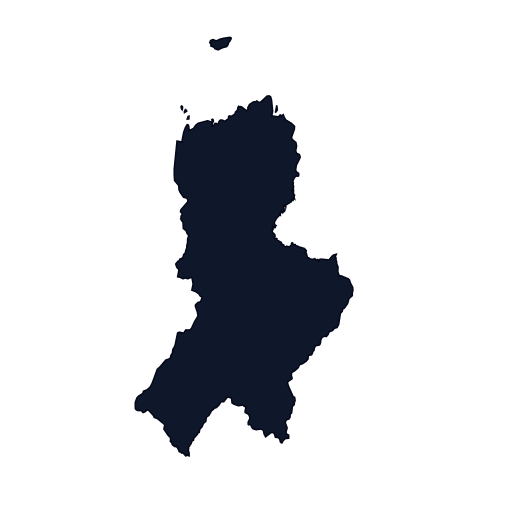 Mueang Phangnga, Phangnga, Thailand (Equal Earth projection), rotated 191°
{"feature_id": "78962969B58835722808395", "entity_name": "Mueang Phangnga", "entity_type": "district", "adm_level": 2, "iso_a3": "THA", "parent_name": "Thailand", "parent_adm1": "Phangnga", "projection": "equal_earth", "projection_center": [98.498, 8.471], "detail": "fine", "context": "isolated", "style": "filled", "palette": "ink", "viewbox_px": 512, "rotation_deg": 191, "n_neighbors": 0, "source": "geoboundaries", "source_scale": "gbopen_adm2", "svg_char_len": 6084}
<svg xmlns="http://www.w3.org/2000/svg" viewBox="0 0 512 512"><g transform="rotate(191 256 256)"><path d="M189.1,83.4L189.7,86.4L191.9,87.1L193.0,88.6L192.6,93.2L195.2,97.5L195.5,98.9L194.9,101.0L192.6,102.2L191.8,104.3L192.3,107.4L191.3,108.3L191.1,109.3L191.6,115.1L190.1,117.4L190.3,119.7L190.0,121.6L191.1,124.7L192.6,124.9L198.7,133.6L200.4,136.4L200.9,138.6L197.2,142.3L197.3,143.2L198.5,145.5L198.8,148.3L195.9,150.9L193.2,154.5L192.6,157.5L189.7,159.2L186.7,162.2L185.3,164.8L185.6,168.5L182.9,169.4L182.3,170.2L181.9,173.1L181.0,174.6L181.2,176.5L180.7,178.5L179.9,179.5L177.1,180.5L176.4,181.3L176.1,183.0L176.4,186.1L175.6,188.8L173.7,190.2L171.5,190.4L170.2,192.8L169.7,195.5L166.7,197.4L165.1,200.1L162.8,201.2L161.8,204.7L162.2,215.9L160.8,218.0L160.7,220.5L159.3,221.7L157.0,226.7L156.6,231.9L153.9,235.4L154.4,238.3L154.3,241.0L155.1,243.7L158.0,247.3L159.7,250.3L161.0,251.2L168.6,252.8L170.4,252.4L172.6,256.0L173.4,261.0L175.2,263.6L175.9,266.2L176.9,267.7L176.9,269.2L178.0,270.2L177.5,273.1L180.0,271.8L181.3,270.4L183.6,266.1L191.6,265.4L193.0,264.7L193.5,263.0L194.7,264.4L196.5,263.5L197.7,264.7L199.2,263.7L201.9,263.4L204.1,264.4L205.1,264.1L207.1,268.3L208.1,268.6L207.7,269.2L207.7,270.8L208.4,270.7L208.6,271.7L209.4,271.7L209.7,272.6L214.6,273.1L214.9,272.5L216.2,273.5L219.4,273.9L219.6,274.7L221.8,274.4L222.6,275.9L223.2,275.9L223.6,274.6L223.3,273.7L224.7,271.7L226.8,271.2L227.7,271.6L229.1,270.4L230.2,270.8L230.8,272.1L232.4,272.5L232.9,272.0L233.3,273.5L234.0,274.3L239.0,275.9L239.2,276.3L238.8,276.9L239.6,277.2L240.1,276.6L240.8,276.7L241.3,277.9L241.0,279.0L241.7,280.7L244.7,282.7L244.7,285.2L244.3,285.6L245.3,286.4L245.2,288.2L244.0,287.1L242.5,287.6L242.5,289.2L242.1,289.7L243.1,290.0L244.3,291.6L244.2,293.4L243.0,296.9L240.8,300.4L241.0,301.0L240.5,301.3L239.9,300.9L240.1,302.0L240.7,302.7L239.8,303.2L239.9,304.4L239.4,304.7L238.7,303.9L238.3,304.9L237.8,303.9L237.3,305.0L236.5,305.2L236.3,307.5L237.1,306.9L238.5,309.4L238.6,310.7L236.1,309.6L236.5,311.6L231.8,315.9L231.6,317.9L230.3,317.5L230.1,318.3L230.4,319.9L229.0,319.3L230.0,321.3L229.7,323.1L231.1,324.3L231.6,327.2L232.5,326.1L233.0,326.5L233.0,327.2L231.9,328.0L231.9,328.7L232.5,329.5L232.2,331.1L233.3,333.4L233.3,335.1L234.2,336.4L233.3,339.8L232.2,342.0L229.8,342.4L229.4,343.0L229.9,345.3L232.4,346.3L233.5,348.1L233.7,352.7L231.5,360.9L231.6,361.9L232.8,363.9L235.7,364.6L236.6,365.9L237.1,367.0L237.1,371.7L238.5,375.1L242.1,377.0L243.5,378.3L243.7,379.5L242.5,387.9L242.9,390.7L246.7,393.1L252.6,395.2L254.8,397.6L256.2,400.0L257.9,398.0L258.7,399.2L259.3,399.0L259.9,398.3L260.1,396.9L267.3,396.6L267.2,401.0L267.6,402.5L270.5,412.1L272.1,415.2L273.7,415.7L275.7,415.1L281.0,407.7L283.3,407.5L284.8,408.4L285.8,407.3L288.0,406.8L291.3,403.5L292.3,400.3L292.0,397.9L292.9,396.8L298.6,399.7L300.3,399.7L301.1,399.2L301.6,399.6L302.1,398.4L302.1,395.5L303.6,393.5L303.9,391.1L307.3,388.1L308.2,388.6L309.2,388.3L309.6,387.4L309.1,385.7L312.4,382.3L314.8,383.0L316.9,382.7L318.0,381.0L318.5,378.1L319.0,377.8L320.2,378.6L321.7,378.3L322.8,375.0L323.7,374.9L324.2,377.2L325.8,379.0L329.2,379.6L338.1,375.3L340.2,372.8L341.7,369.2L345.5,366.5L346.9,371.0L347.6,371.8L348.6,371.9L349.8,368.7L350.6,363.7L350.6,355.9L350.3,353.8L355.5,353.8L352.9,325.9L351.8,320.1L350.3,314.5L345.4,310.5L344.2,306.3L342.8,304.2L338.3,299.8L334.9,299.6L333.5,297.8L333.4,296.1L338.5,287.2L338.6,285.0L336.5,283.5L336.4,282.5L337.2,280.8L336.8,279.3L337.1,278.2L336.2,277.9L336.3,277.2L335.8,276.5L334.2,275.4L332.6,269.1L329.3,267.4L328.2,265.2L325.9,263.2L326.4,259.6L325.8,256.3L325.9,252.2L325.5,251.0L326.0,248.2L326.0,245.7L327.3,243.5L327.4,241.3L327.8,240.0L328.3,239.8L328.4,238.9L329.9,238.8L330.9,236.2L331.7,235.9L333.3,232.8L331.5,229.6L329.4,228.3L329.0,227.0L329.0,220.6L326.5,220.6L323.3,219.7L321.1,221.0L318.6,220.6L316.2,222.3L314.6,222.2L312.4,216.5L312.5,210.2L308.5,209.5L305.0,208.0L303.1,206.0L301.4,205.4L301.0,204.7L301.7,200.5L304.1,199.4L306.1,196.5L306.0,195.2L302.9,189.8L301.5,186.1L303.9,179.5L305.5,172.7L306.8,170.8L310.9,170.0L312.3,166.5L316.8,166.6L318.3,165.5L318.4,153.4L318.8,151.2L319.8,148.5L319.6,144.5L320.5,142.6L320.6,139.7L321.9,138.2L324.7,136.7L329.2,128.7L331.3,126.0L333.6,111.6L334.8,107.4L337.4,103.9L340.7,101.8L340.9,99.4L344.3,96.4L345.8,94.1L346.6,89.3L345.4,83.3L344.6,82.4L342.8,81.7L339.0,82.3L336.9,80.7L334.6,82.4L334.0,83.9L332.0,84.1L326.2,79.8L325.1,78.1L321.8,77.6L313.8,73.2L313.4,72.7L313.4,68.5L308.1,63.2L305.1,61.2L304.7,57.6L303.0,56.6L302.2,54.8L299.4,53.4L297.8,53.7L296.0,52.3L293.9,49.1L292.0,49.3L291.5,48.3L289.5,48.9L289.1,48.0L286.8,46.3L285.4,47.3L283.5,47.0L283.9,49.4L285.4,52.6L285.3,53.9L285.8,55.4L284.9,56.7L285.0,57.7L284.2,58.5L283.4,62.3L282.2,63.3L282.3,65.1L279.6,69.6L279.3,71.1L278.1,72.0L278.1,75.2L276.3,78.2L275.7,81.6L273.7,84.0L273.9,87.4L273.5,89.0L271.8,90.4L270.1,95.7L268.6,97.2L268.0,98.5L266.0,99.6L264.0,102.4L262.5,106.2L259.9,106.7L257.4,111.6L256.5,112.2L252.9,111.8L251.5,107.2L249.6,106.4L244.7,105.6L240.6,107.2L238.8,106.1L237.1,106.2L237.1,101.3L236.8,100.3L233.3,99.2L232.2,98.1L231.1,95.9L231.1,94.7L232.0,91.5L231.6,89.3L231.1,88.9L229.0,89.5L227.6,87.2L226.0,85.8L222.7,85.5L218.7,86.9L216.8,87.0L215.3,85.8L214.2,83.0L212.1,80.3L207.5,85.5L205.3,85.9L204.1,85.1L202.4,81.8L199.1,81.9L197.6,80.4L196.6,78.1L195.4,77.4L194.7,77.6L194.3,79.5L192.6,82.2L189.1,83.4ZM340.5,453.6L336.9,452.8L335.8,451.6L332.6,451.1L328.7,454.0L324.8,455.9L324.1,457.0L323.2,461.3L322.7,461.7L321.8,464.7L321.9,465.2L323.4,465.7L329.8,463.4L332.9,461.9L335.5,459.9L336.9,459.7L339.3,460.3L341.0,459.5L341.4,458.4L342.1,459.3L341.5,458.3L342.2,456.9L340.3,454.7L340.5,453.6ZM264.4,407.2L264.3,400.4L262.9,403.4L264.1,407.2L264.4,407.2ZM353.3,386.3L353.9,384.0L353.6,383.1L351.6,384.9L352.1,385.8L353.3,386.3ZM349.7,377.3L348.1,377.6L348.4,380.5L349.3,380.0L349.7,377.3ZM358.1,388.5L357.3,386.3L356.4,385.5L356.3,387.2L356.7,388.7L357.7,389.1L358.1,388.5ZM324.9,382.0L325.5,381.3L323.9,378.7L323.5,380.3L324.3,381.9L324.9,382.0Z" fill="#0f172a" stroke="#020617" stroke-width="1.5"/></g></svg>